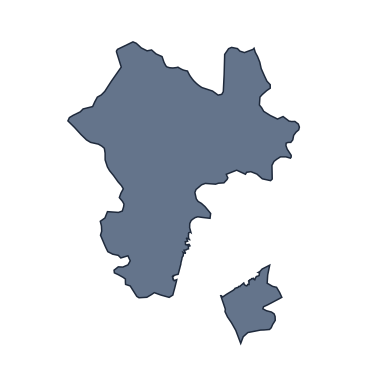 Rural Damascus, Rif Dimashq, Syria, rotated 173°
{"feature_id": "27442178B80699161134092", "entity_name": "Rural Damascus", "entity_type": "district", "adm_level": 2, "iso_a3": "SYR", "parent_name": "Syria", "parent_adm1": "Rif Dimashq", "projection": "mercator", "projection_center": [36.292, 33.405], "detail": "fine", "context": "isolated", "style": "filled", "palette": "slate", "viewbox_px": 384, "rotation_deg": 173, "n_neighbors": 0, "source": "geoboundaries", "source_scale": "gbopen_adm2", "svg_char_len": 5580}
<svg xmlns="http://www.w3.org/2000/svg" viewBox="0 0 384 384"><g transform="rotate(173 192 192)"><path d="M198.0,152.0L198.7,156.9L198.1,160.9L196.3,163.8L194.6,164.9L192.1,166.2L189.2,166.7L188.2,166.4L184.4,165.4L177.3,163.7L176.1,168.4L180.8,175.8L184.0,179.5L187.1,181.9L188.6,184.7L189.2,191.2L187.7,194.0L181.6,198.0L177.8,198.9L167.6,196.9L164.7,197.5L159.2,197.2L155.7,200.1L154.7,201.7L155.4,203.6L155.8,205.4L145.0,208.2L136.8,203.1L135.4,204.9L131.1,205.0L125.4,201.9L120.6,196.5L112.6,193.7L110.8,195.1L109.4,208.7L106.9,212.4L103.9,214.2L99.9,216.1L94.4,215.4L90.2,213.6L89.3,214.6L89.1,216.4L92.3,222.9L93.1,226.6L92.6,229.0L90.7,229.5L87.9,229.2L85.6,231.5L84.2,235.8L81.6,238.6L78.5,240.7L77.5,243.3L78.2,246.5L81.3,249.5L84.5,249.8L87.1,250.6L92.4,255.8L98.3,254.0L100.6,255.6L102.5,256.8L105.0,258.4L111.0,263.3L112.7,267.3L114.5,270.1L113.0,277.9L110.5,280.1L105.4,283.6L101.7,285.5L101.3,289.0L104.1,292.8L105.9,298.2L108.3,306.1L108.9,312.6L110.4,318.3L112.2,323.0L112.9,327.1L114.1,326.1L123.0,324.0L127.3,326.0L129.4,328.8L135.1,330.7L138.2,329.8L142.8,324.6L145.8,304.6L148.7,287.8L150.6,285.3L154.3,285.0L159.3,289.7L169.3,294.4L170.2,295.1L171.0,295.8L171.9,296.6L172.7,297.4L173.3,298.0L174.1,298.9L174.8,299.7L175.5,300.6L176.2,301.5L176.9,302.4L177.5,303.4L178.1,304.3L178.6,305.3L179.2,306.3L179.7,307.3L180.2,308.3L180.6,309.4L181.0,310.4L181.4,311.5L181.7,312.6L182.9,313.0L183.5,313.2L184.2,313.5L184.8,313.7L185.5,314.0L186.6,314.6L187.7,315.3L188.7,316.0L189.2,316.4L189.8,316.8L190.7,317.6L191.5,317.5L192.2,317.4L192.9,317.4L193.5,317.4L194.2,317.4L195.0,317.4L195.7,317.4L196.3,317.5L197.0,317.6L197.7,317.8L198.4,317.9L199.1,318.1L201.5,319.1L202.6,320.4L204.0,324.1L205.2,330.0L210.8,333.4L214.8,337.9L219.4,337.6L224.8,341.2L229.2,346.4L232.3,348.2L248.5,342.7L249.7,341.3L249.9,340.4L247.0,324.6L258.7,311.6L266.3,302.5L270.2,299.4L274.4,297.7L277.6,293.2L280.2,288.9L290.0,287.7L293.1,285.2L300.6,282.6L304.6,280.8L306.5,277.7L300.8,270.5L295.2,262.6L290.4,256.6L286.6,253.6L279.1,250.9L276.0,248.6L273.7,246.1L273.5,241.2L274.3,234.4L272.9,227.2L271.2,223.2L267.9,218.0L264.1,211.0L261.2,206.8L259.8,203.5L262.7,199.5L264.8,195.3L262.1,191.1L261.0,188.3L261.7,185.6L263.5,181.6L267.5,180.7L278.3,182.8L281.6,176.8L286.6,174.1L286.0,169.4L286.4,164.1L288.1,160.2L287.7,159.0L285.3,150.6L284.3,147.3L282.8,143.0L279.5,140.8L278.4,140.0L272.9,138.1L270.7,135.2L263.4,136.5L261.7,131.2L264.4,127.5L269.8,125.9L274.3,126.7L278.9,123.9L278.9,121.2L275.2,118.9L270.8,115.7L268.7,113.7L269.1,110.5L269.2,108.4L264.8,106.3L259.5,95.1L257.5,93.5L249.6,93.0L244.6,95.2L241.7,96.7L235.4,93.5L227.5,90.2L223.5,92.1L223.3,92.8L222.4,95.1L221.1,98.2L218.4,105.2L218.0,106.3L217.8,106.9L218.6,106.7L219.5,106.4L220.5,106.1L220.7,106.6L221.0,107.4L221.4,107.3L221.6,108.2L221.6,108.3L221.3,108.4L221.4,108.7L221.4,109.2L221.8,110.2L221.8,110.3L221.7,110.4L221.3,110.5L221.1,110.4L220.8,110.5L220.7,110.5L220.8,111.3L219.8,111.4L217.4,111.9L216.4,111.9L215.8,112.0L214.6,114.8L214.1,116.2L213.6,117.4L212.6,120.0L212.2,120.9L212.0,121.4L211.9,121.7L211.8,122.1L211.7,122.7L211.6,123.0L211.3,124.0L211.2,124.2L211.0,124.6L210.3,126.5L210.2,126.7L210.0,127.6L209.7,128.4L209.6,128.6L208.9,129.2L208.8,129.4L208.7,129.5L208.5,129.8L208.4,130.3L208.3,130.5L208.3,130.8L208.2,131.2L208.1,131.5L208.0,132.1L208.0,132.4L208.0,132.5L208.2,133.1L207.9,132.9L207.4,132.4L207.0,132.3L206.4,132.2L206.1,132.1L206.0,132.4L206.1,132.5L206.2,132.9L206.3,133.5L206.9,135.1L206.5,135.1L205.9,135.2L205.0,135.3L204.7,135.3L204.4,135.4L204.3,135.5L204.2,135.6L203.9,135.8L203.7,135.9L202.4,136.0L202.3,137.6L202.2,138.6L201.8,138.7L201.1,138.7L200.9,138.7L200.6,138.8L200.7,139.0L201.0,139.8L201.3,140.4L203.0,140.3L203.6,140.3L203.6,140.2L203.7,140.3L203.9,140.3L204.6,140.5L204.8,140.6L204.8,140.9L204.7,142.9L204.7,143.5L204.2,143.5L203.9,143.4L203.6,143.5L202.9,143.6L202.3,143.6L202.3,143.9L202.4,144.1L202.6,144.7L202.8,145.7L203.1,146.7L202.9,146.8L202.7,146.7L202.3,146.6L201.7,146.2L200.2,145.1L200.2,145.3L201.1,146.0L200.9,147.5L200.9,148.9L200.5,150.6L200.6,151.2L200.5,151.4L200.1,152.0L198.3,152.3L198.0,152.0ZM176.1,85.6L173.2,71.7L173.8,69.2L172.0,63.7L168.7,57.3L165.4,49.3L162.1,35.8L158.8,42.1L153.7,45.7L140.8,46.6L137.5,46.3L131.8,46.1L129.9,47.6L128.1,50.7L126.5,52.6L125.0,54.5L124.7,58.4L125.4,61.1L127.8,63.2L132.6,65.1L135.9,67.4L135.0,69.4L130.9,70.7L115.7,76.5L117.3,81.6L119.7,87.1L123.5,88.5L128.5,92.3L127.0,100.4L123.8,109.9L131.8,107.0L131.9,106.9L134.2,104.9L134.5,104.7L136.0,104.1L135.5,103.9L135.0,103.5L134.8,103.4L135.2,102.7L135.2,102.1L135.3,101.9L135.4,101.5L135.5,101.1L135.8,100.8L136.2,100.7L136.9,100.5L138.4,100.3L138.7,100.0L138.9,99.6L139.4,99.0L139.7,98.7L140.0,98.0L140.4,97.2L140.9,97.6L141.3,97.9L141.5,98.5L141.6,98.9L141.9,98.9L142.2,98.8L142.5,98.6L142.8,98.5L143.1,98.5L143.4,98.7L143.7,98.3L144.2,98.0L144.7,97.8L145.0,97.9L145.3,97.8L145.5,97.5L145.9,97.2L146.4,97.1L146.7,96.7L146.2,96.0L146.3,95.7L146.6,95.2L146.5,94.9L146.5,94.6L146.6,94.3L146.6,93.9L146.7,93.2L146.8,93.2L147.0,93.3L147.6,93.5L147.8,93.5L148.0,93.5L148.2,93.3L148.3,92.9L148.6,92.6L148.8,92.4L149.0,92.2L149.4,92.2L149.8,92.4L150.1,92.6L150.8,93.2L151.0,93.4L151.2,93.6L151.3,93.8L151.5,94.2L151.6,95.1L151.7,95.4L154.1,93.8L156.1,92.5L156.1,92.4L157.1,92.6L157.3,92.5L157.5,92.2L157.8,91.8L157.9,91.7L158.6,91.5L159.3,91.6L159.5,91.5L159.9,91.4L160.1,91.3L160.6,91.2L160.8,91.2L161.1,91.1L161.3,90.7L162.7,89.6L170.1,86.3L174.3,84.1L174.9,84.7L175.6,85.5L175.8,85.6L176.1,85.6Z" fill="#64748b" stroke="#1e293b" stroke-width="1.5"/></g></svg>